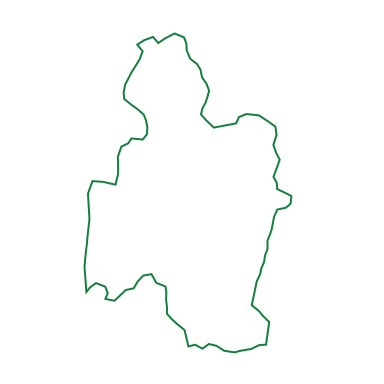 outline of Modelo, Santa Catarina, Brazil, rotated 281°
{"feature_id": "56859067B74216075276825", "entity_name": "Modelo", "entity_type": "district", "adm_level": 2, "iso_a3": "BRA", "parent_name": "Brazil", "parent_adm1": "Santa Catarina", "projection": "equal_earth", "projection_center": [-53.047, -26.775], "detail": "fine", "context": "isolated", "style": "outline", "palette": "green", "viewbox_px": 384, "rotation_deg": 281, "n_neighbors": 0, "source": "geoboundaries", "source_scale": "gbopen_adm2", "svg_char_len": 1551}
<svg xmlns="http://www.w3.org/2000/svg" viewBox="0 0 384 384"><g transform="rotate(281 192 192)"><path d="M73.7,107.4L79.0,110.2L84.3,115.2L82.5,124.9L76.6,128.6L70.5,127.4L70.5,136.7L76.4,140.9L83.1,145.6L86.3,153.1L93.8,155.8L100.7,160.1L103.6,167.9L96.0,174.3L94.2,184.0L88.4,186.0L81.4,187.1L74.0,189.5L67.7,190.6L63.6,196.0L59.5,202.7L55.1,211.0L39.7,218.0L42.7,224.2L40.2,232.1L46.0,237.6L45.7,245.4L42.3,253.9L42.7,264.4L45.7,270.6L49.2,280.1L54.5,287.1L56.3,293.8L79.1,292.6L83.7,285.6L88.1,280.1L92.2,272.3L116.4,272.6L124.4,274.6L130.2,274.6L136.9,276.1L143.6,275.8L150.6,277.0L158.3,275.4L169.3,277.3L175.8,277.3L183.1,277.3L191.0,279.0L194.5,287.2L199.4,291.0L207.0,290.3L209.3,282.4L211.1,275.1L217.3,273.4L222.3,269.1L228.1,270.0L234.8,271.1L240.6,271.9L246.5,267.1L253.8,262.9L264.1,264.1L272.1,261.4L275.9,253.1L280.0,242.9L278.9,230.5L274.5,223.8L267.8,222.2L259.4,201.2L264.9,192.5L269.9,186.0L276.0,186.3L282.6,188.3L288.5,189.0L294.7,189.5L301.1,185.5L306.3,180.1L313.7,177.0L318.4,172.7L322.5,164.8L330.0,159.8L336.8,158.1L342.3,154.6L344.3,144.6L338.0,136.7L331.8,130.4L336.8,124.2L331.8,116.0L326.2,110.2L320.7,116.7L311.9,115.2L303.8,112.1L297.7,109.7L292.3,108.2L284.8,105.9L276.6,105.9L270.4,107.7L265.8,116.4L262.6,123.4L258.5,130.1L253.5,133.2L246.8,135.9L240.0,136.7L234.1,133.6L233.0,122.2L227.7,120.2L223.1,114.0L212.3,112.5L205.9,114.0L195.6,116.0L184.6,115.5L185.0,102.7L183.7,92.2L170.5,90.2L145.9,96.5L127.5,98.0L121.4,98.7L113.5,99.2L98.3,100.7L73.7,107.4Z" fill="none" stroke="#15803d" stroke-width="2"/></g></svg>